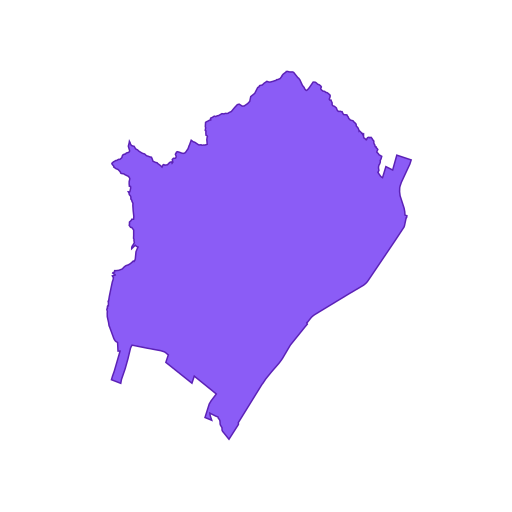 Vernesti, Buzau, Romania (Robinson projection), rotated 69°
{"feature_id": "2599482B61232109036765", "entity_name": "Vernesti", "entity_type": "district", "adm_level": 2, "iso_a3": "ROU", "parent_name": "Romania", "parent_adm1": "Buzau", "projection": "robinson", "projection_center": [26.665, 45.216], "detail": "fine", "context": "isolated", "style": "filled", "palette": "violet", "viewbox_px": 512, "rotation_deg": 69, "n_neighbors": 0, "source": "geoboundaries", "source_scale": "gbopen_adm2", "svg_char_len": 6129}
<svg xmlns="http://www.w3.org/2000/svg" viewBox="0 0 512 512"><g transform="rotate(69 256 256)"><path d="M326.4,427.9L323.0,425.8L314.3,418.5L306.1,412.4L296.8,406.0L294.8,403.7L303.0,390.7L310.3,378.8L312.8,375.7L316.9,373.3L323.0,378.3L351.8,361.4L346.0,356.7L370.6,342.5L375.1,349.8L377.4,352.7L388.5,361.5L393.5,356.2L389.0,356.0L387.7,355.8L386.2,355.4L391.0,351.0L392.6,349.2L394.1,349.3L395.5,348.8L396.7,348.7L398.9,349.3L399.9,349.7L401.1,349.8L404.1,349.3L406.4,350.1L406.9,350.1L407.8,350.0L417.4,346.9L407.0,332.8L406.4,332.5L405.5,332.4L405.2,332.2L377.9,296.3L377.3,295.2L374.3,291.0L369.8,283.2L364.2,272.7L361.9,269.1L360.9,267.7L351.5,255.9L340.0,236.1L338.0,232.5L336.6,232.6L336.2,231.9L336.3,231.7L333.1,226.3L332.4,224.5L331.8,222.4L324.6,182.7L321.8,166.0L320.9,163.3L319.9,161.3L317.7,158.1L291.8,121.1L282.0,107.4L280.9,106.5L274.4,102.3L274.5,102.2L273.7,101.3L272.4,100.7L271.5,102.1L270.7,102.1L268.2,101.3L264.5,100.6L251.4,99.9L247.4,98.9L243.6,97.3L242.3,96.4L239.2,93.8L225.3,79.4L221.9,76.7L212.3,88.4L224.7,97.6L219.1,102.7L228.2,109.8L227.3,110.6L225.9,111.2L221.7,112.2L221.3,111.7L221.1,111.7L220.2,110.6L217.7,110.1L216.4,109.5L215.1,108.6L214.9,108.1L213.3,106.6L211.7,105.8L211.3,105.8L210.2,104.5L208.0,102.9L205.5,104.9L204.3,105.1L202.4,106.0L201.9,105.8L200.2,104.1L198.3,104.7L198.0,105.0L197.3,104.7L196.6,105.5L194.7,105.3L193.9,105.5L193.1,105.5L192.4,105.4L191.2,104.9L190.2,104.9L189.5,105.4L188.1,105.5L186.6,106.0L186.4,106.1L186.3,107.6L186.1,107.9L185.6,108.0L185.5,109.4L186.2,110.5L186.9,110.9L187.1,111.3L186.8,111.7L185.4,112.2L184.8,112.8L183.4,112.9L180.7,111.9L180.8,112.8L179.8,112.5L179.7,112.7L179.5,113.2L179.4,113.1L176.1,114.6L176.3,115.0L175.1,114.8L172.8,114.9L170.6,115.8L168.8,115.3L167.1,115.9L166.0,116.5L164.5,117.0L162.9,119.2L161.7,119.6L161.0,120.1L160.4,120.2L159.6,120.0L158.4,120.4L156.8,120.6L155.4,123.5L154.2,123.8L152.1,123.9L151.9,124.5L151.0,125.5L150.8,126.8L150.3,127.4L148.6,128.0L146.6,127.9L144.4,129.1L143.5,130.2L143.2,130.4L142.2,130.7L141.4,130.5L140.5,130.1L139.8,130.0L138.7,130.2L137.3,130.1L137.2,130.3L137.1,130.9L136.8,131.3L136.0,131.4L135.7,131.3L134.6,130.3L133.4,129.5L132.4,129.2L130.7,130.0L129.2,130.9L128.7,131.4L128.3,132.2L126.9,132.9L126.3,134.0L125.8,134.6L124.0,135.5L123.5,135.6L122.7,135.5L121.6,134.4L120.2,134.7L118.7,135.7L117.7,136.9L116.1,137.6L115.2,138.2L114.8,138.7L114.1,140.3L117.8,145.7L119.0,147.8L119.6,149.4L119.3,149.9L117.6,150.6L115.8,150.7L113.4,151.5L107.3,151.9L105.2,152.5L104.6,153.0L98.2,155.0L97.3,155.8L96.5,158.0L95.9,159.2L95.0,160.3L94.6,161.6L94.9,161.8L96.0,165.5L97.0,167.2L97.4,167.3L97.6,167.7L99.0,169.9L99.1,172.6L98.8,173.3L98.9,173.8L99.2,174.5L99.0,176.5L99.1,177.3L98.9,178.2L98.8,179.7L98.6,180.9L97.8,182.2L97.0,183.0L96.8,183.6L97.2,184.5L97.5,186.2L98.6,188.9L98.2,191.6L98.9,192.3L98.9,192.5L99.3,193.0L99.3,194.0L103.7,198.9L105.3,203.8L109.4,206.4L110.7,209.1L111.7,213.2L111.2,215.1L108.2,217.3L108.0,219.2L109.7,222.7L112.3,227.3L112.4,229.6L112.8,231.0L112.3,232.7L111.9,233.3L111.8,235.1L110.9,236.8L111.5,240.7L111.2,241.9L111.4,243.6L110.6,244.6L110.5,245.0L111.0,247.3L111.0,248.7L111.1,249.0L111.4,249.2L112.7,249.4L112.9,249.6L112.5,250.3L112.9,253.3L112.9,254.1L113.2,255.2L116.9,256.9L118.4,257.1L120.5,258.4L120.9,258.3L121.3,257.9L123.1,258.7L125.3,259.4L125.7,258.9L126.4,258.6L127.3,258.6L127.7,259.1L129.7,260.2L134.2,261.5L134.2,262.8L134.1,264.1L133.7,264.8L133.4,266.2L133.2,266.8L132.4,267.5L132.3,268.4L131.6,269.8L128.1,272.2L127.4,272.9L127.0,273.6L124.7,275.0L128.6,278.4L129.1,279.0L130.7,280.3L132.1,281.7L132.5,282.6L133.5,283.8L134.3,285.5L134.3,286.4L134.1,287.2L133.4,288.4L131.7,290.3L130.5,291.9L130.4,292.4L130.7,293.3L131.4,293.5L131.5,294.1L132.1,294.8L134.4,294.8L135.5,295.6L135.8,296.1L135.7,296.7L135.2,298.1L135.8,299.4L135.9,299.6L138.6,300.0L139.3,301.1L138.1,301.1L137.8,301.3L137.7,301.7L137.7,303.0L138.0,303.7L139.1,306.0L139.0,306.6L138.7,307.5L138.7,308.1L138.5,308.6L137.6,309.3L137.5,309.9L139.3,311.9L137.6,312.6L134.3,314.7L133.5,314.9L132.6,316.3L130.6,318.2L128.3,318.1L126.3,318.2L125.5,319.5L124.4,320.7L123.3,322.1L122.8,322.5L120.8,323.4L120.1,324.4L119.2,325.4L118.1,326.3L116.1,327.8L114.4,328.6L113.6,329.4L112.7,330.0L109.9,330.5L109.7,330.9L108.2,332.7L105.9,333.1L105.1,332.9L103.6,333.1L105.0,333.9L107.5,335.7L108.0,335.9L112.1,336.2L112.8,336.4L113.4,337.2L113.6,337.9L113.4,339.8L113.4,340.2L113.9,341.1L114.0,342.0L113.7,342.4L113.9,343.9L114.0,344.2L114.7,345.0L116.1,346.0L117.0,348.3L116.5,349.8L116.9,351.7L116.6,352.7L117.1,355.2L117.0,355.3L117.8,357.3L118.3,357.5L119.2,357.3L121.3,356.6L122.0,356.9L124.3,355.4L125.8,353.8L128.6,352.6L130.0,352.6L130.4,352.4L131.0,351.7L131.7,350.3L132.1,349.9L133.1,349.2L136.0,346.5L137.7,346.1L138.7,346.1L141.0,347.7L143.5,348.7L144.6,348.9L145.3,349.3L145.6,349.1L145.8,348.5L146.1,348.2L147.6,348.6L150.3,350.4L150.9,351.0L150.3,352.2L152.0,352.0L153.3,352.3L154.8,351.7L156.3,351.7L157.0,352.1L158.2,352.4L159.4,352.0L160.5,352.2L162.7,352.0L164.8,352.9L169.6,354.4L175.3,355.9L177.8,357.1L177.2,358.8L177.6,359.1L178.4,360.5L178.9,361.9L180.1,362.5L180.8,362.5L181.5,363.2L181.9,363.4L184.3,362.8L184.8,361.8L187.9,360.9L193.1,362.9L195.6,364.0L196.1,363.9L197.0,364.0L198.1,364.5L199.8,364.7L201.1,366.2L202.6,368.3L203.6,369.0L204.6,369.4L202.7,364.9L204.2,364.1L205.4,362.9L206.4,364.0L209.0,366.5L215.6,369.8L216.7,370.8L217.4,371.9L216.7,372.4L217.3,373.8L218.1,376.0L218.5,378.3L218.4,380.8L218.6,381.8L219.3,383.8L219.9,384.8L220.2,385.6L220.2,389.2L219.5,391.9L219.0,393.2L220.3,393.8L220.2,395.2L220.3,395.5L220.6,395.9L222.9,394.2L223.3,394.2L223.4,394.9L223.0,397.2L223.9,397.2L224.9,396.8L226.7,397.8L228.8,399.5L233.6,402.6L240.8,407.2L245.6,410.0L245.4,410.3L245.6,410.4L246.7,410.5L249.6,411.7L249.4,412.4L250.5,413.2L251.4,413.3L251.7,413.5L252.0,414.2L252.4,414.4L254.7,414.7L255.8,415.3L259.4,416.6L265.4,417.5L268.5,418.2L269.5,418.1L281.9,418.3L283.2,418.2L284.5,417.9L285.5,417.5L287.1,416.2L295.3,418.9L296.1,417.0L312.6,429.5L316.7,433.0L319.7,435.3L326.4,427.9Z" fill="#8b5cf6" stroke="#5b21b6" stroke-width="1.5"/></g></svg>